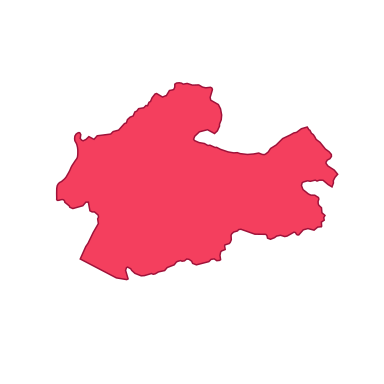 outline of Comapa, Jutiapa, Guatemala, rotated 120°
{"feature_id": "79465075B15373267205562", "entity_name": "Comapa", "entity_type": "district", "adm_level": 2, "iso_a3": "GTM", "parent_name": "Guatemala", "parent_adm1": "Jutiapa", "projection": "albers", "projection_center": [-89.917, 14.12], "detail": "fine", "context": "isolated", "style": "filled", "palette": "rose", "viewbox_px": 384, "rotation_deg": 120, "n_neighbors": 0, "source": "geoboundaries", "source_scale": "gbopen_adm2", "svg_char_len": 3497}
<svg xmlns="http://www.w3.org/2000/svg" viewBox="0 0 384 384"><g transform="rotate(120 192 192)"><path d="M202.9,133.1L201.3,132.9L199.8,131.0L197.1,116.5L191.8,107.0L192.2,105.4L194.2,103.5L193.7,100.4L190.3,97.7L187.9,96.7L185.2,93.7L184.2,89.4L182.6,87.6L175.8,83.6L175.4,82.1L176.2,80.8L176.5,79.8L176.4,79.1L175.8,78.1L169.1,76.7L165.7,73.3L164.0,67.2L159.6,65.6L157.9,63.4L157.6,62.7L156.8,62.6L153.4,64.9L150.3,63.4L148.3,65.1L145.8,65.1L145.0,69.1L140.9,72.0L140.1,75.5L139.1,76.8L137.1,78.1L134.7,78.6L133.6,79.7L133.4,84.1L135.3,87.5L135.5,90.3L134.4,97.1L131.7,100.4L129.1,101.2L127.7,100.6L124.5,97.5L123.6,94.9L120.1,91.2L120.0,89.2L118.0,87.5L116.3,84.5L117.5,77.8L117.6,73.3L113.5,74.0L111.5,75.3L107.9,75.5L103.8,74.7L101.9,79.7L101.5,87.3L100.2,90.2L99.2,90.8L96.7,90.8L94.2,89.2L91.5,89.0L89.8,90.1L88.6,93.4L88.1,98.0L85.0,106.0L84.4,110.8L82.7,113.5L81.7,115.6L81.4,118.0L79.6,120.7L79.6,121.9L78.1,124.7L82.5,128.9L88.1,131.3L90.0,133.4L93.6,135.5L100.4,140.2L109.2,142.6L115.0,145.7L119.3,146.0L122.5,147.3L123.4,148.0L124.0,149.1L124.4,150.2L124.9,153.7L128.3,157.7L131.8,162.8L134.7,169.5L135.3,172.5L137.2,175.3L139.2,180.7L140.8,188.6L141.0,193.0L141.9,194.3L142.5,199.9L143.8,201.5L143.8,205.5L145.7,210.7L146.2,215.5L145.5,217.0L142.4,217.5L136.2,215.7L130.3,209.7L130.1,201.7L126.4,200.6L121.2,201.1L119.5,202.1L114.8,202.8L110.5,204.8L105.7,208.9L103.1,212.9L103.1,219.3L103.1,221.7L101.0,223.6L93.9,225.3L92.8,225.7L92.0,226.9L92.1,228.4L94.9,232.2L95.9,235.3L95.9,239.7L99.2,245.0L100.4,250.5L103.0,253.5L103.0,255.5L103.8,257.7L105.4,259.9L107.2,260.8L109.9,259.3L112.3,259.1L113.3,259.9L115.4,262.3L121.4,262.4L121.9,263.0L124.5,265.0L124.4,271.9L125.6,273.0L130.3,273.7L134.3,273.2L135.9,274.1L139.5,273.6L140.1,275.1L143.2,275.9L146.5,279.9L149.6,280.3L151.2,281.5L155.6,281.0L158.1,283.0L161.5,284.1L165.0,283.4L166.5,284.7L175.1,286.5L179.1,290.5L182.5,291.4L190.7,302.2L195.4,303.2L195.6,309.0L199.5,310.1L202.1,311.9L202.3,313.5L201.5,315.6L197.9,317.0L196.8,318.9L197.2,319.8L198.2,320.6L200.1,321.4L201.1,321.3L202.1,321.4L203.0,321.0L204.2,320.5L205.7,319.5L206.5,318.6L207.4,317.0L208.3,315.7L209.4,314.6L210.7,313.4L212.7,311.9L215.1,310.5L216.8,309.6L218.2,309.0L219.2,308.6L220.4,308.5L221.4,308.5L222.6,308.7L224.1,308.8L226.0,308.9L229.0,309.1L231.4,309.0L234.4,308.6L237.0,308.5L239.5,308.5L241.9,308.5L243.8,308.8L245.3,309.2L246.9,309.8L247.6,310.0L248.4,310.4L249.1,310.8L249.8,311.3L250.6,311.6L251.9,311.9L253.3,311.9L254.2,311.8L256.6,310.9L261.1,308.4L265.1,306.0L266.1,305.5L266.6,304.5L265.8,303.2L265.0,302.4L264.2,301.6L263.4,300.6L263.0,299.4L263.2,298.6L263.8,297.5L264.5,297.0L265.4,291.4L266.3,290.1L265.9,286.9L258.5,279.7L253.8,278.8L252.6,276.6L253.3,276.1L259.3,271.0L259.2,268.6L258.0,266.5L258.9,261.8L260.4,260.4L262.4,260.3L266.2,257.3L276.4,257.3L288.4,256.4L292.4,256.7L305.9,255.3L304.2,214.6L300.5,204.7L299.2,203.9L293.0,210.4L290.2,210.9L289.2,210.2L289.1,206.7L290.0,205.1L291.0,200.8L290.0,194.1L288.2,191.4L284.1,187.5L282.9,186.4L282.6,184.4L281.2,182.9L278.0,181.1L273.7,176.4L269.8,175.7L264.0,171.0L260.4,170.5L259.1,169.6L257.1,167.6L256.9,166.0L255.4,164.1L252.7,163.1L251.8,160.9L252.1,157.7L253.5,155.8L252.9,151.8L243.9,142.6L240.8,141.8L238.8,139.3L239.1,136.2L237.4,133.9L236.3,133.4L232.9,136.1L229.5,137.2L228.3,136.9L225.2,134.5L222.4,136.8L221.3,137.0L218.0,134.0L216.5,133.7L213.7,134.1L210.0,136.5L208.4,136.7L205.9,135.9L202.9,133.1Z" fill="#f43f5e" stroke="#9f1239" stroke-width="1.5"/></g></svg>